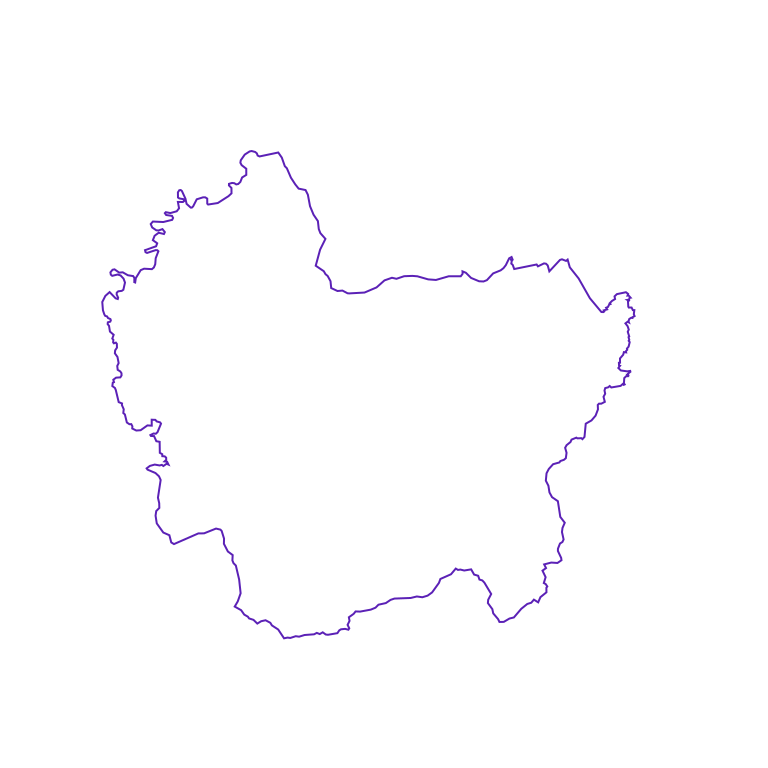 Ban Na San, Surat Thani, Thailand (Albers equal-area conic projection), rotated 70°
{"feature_id": "78962969B68387758575746", "entity_name": "Ban Na San", "entity_type": "district", "adm_level": 2, "iso_a3": "THA", "parent_name": "Thailand", "parent_adm1": "Surat Thani", "projection": "albers", "projection_center": [99.379, 8.833], "detail": "fine", "context": "isolated", "style": "outline", "palette": "violet", "viewbox_px": 768, "rotation_deg": 70, "n_neighbors": 0, "source": "geoboundaries", "source_scale": "gbopen_adm2", "svg_char_len": 6165}
<svg xmlns="http://www.w3.org/2000/svg" viewBox="0 0 768 768"><g transform="rotate(70 384 384)"><path d="M130.3,404.2L127.6,423.1L126.1,424.6L123.8,424.6L121.9,425.7L119.8,428.7L119.5,430.8L120.8,436.4L124.8,442.1L127.0,443.3L129.7,442.9L134.6,439.8L140.4,441.9L141.4,446.7L145.0,449.9L146.2,452.6L145.9,454.6L144.1,456.0L143.1,458.0L142.9,461.2L144.4,461.8L147.6,460.3L152.7,462.1L154.3,465.9L157.1,478.3L155.2,487.9L154.1,488.4L149.3,486.7L147.5,488.1L146.7,490.2L146.4,496.8L151.8,502.6L152.5,504.2L152.1,505.3L147.2,507.9L142.0,507.2L133.5,507.9L132.2,508.7L131.9,510.1L133.4,512.1L138.3,513.8L139.6,512.9L141.7,509.3L143.7,509.1L144.2,510.7L142.4,515.4L148.8,516.5L150.8,519.7L150.3,526.3L147.9,530.3L148.5,531.5L150.7,530.9L153.5,525.7L155.8,525.4L157.3,526.9L156.3,536.0L152.3,545.6L153.9,548.5L157.6,548.3L161.7,545.4L162.6,543.4L162.7,539.2L166.3,538.0L167.8,539.5L164.8,544.0L166.2,548.8L169.8,552.0L174.2,549.0L176.6,551.0L176.5,562.8L178.6,563.0L179.8,561.8L180.1,552.8L180.8,551.2L182.1,550.6L187.7,555.5L193.2,558.0L195.8,560.4L196.7,562.8L193.6,570.0L193.8,573.7L199.6,581.0L203.5,583.1L202.9,583.8L198.9,582.3L196.8,582.8L194.2,587.5L189.7,591.3L188.8,594.7L184.1,598.0L183.8,600.0L185.5,602.9L187.8,603.3L189.4,602.4L190.0,596.9L191.9,594.4L195.9,592.7L200.1,592.7L206.3,596.7L206.8,598.6L206.0,602.0L206.8,603.9L208.4,604.6L212.0,604.3L213.1,605.1L211.7,606.9L203.8,610.4L205.9,615.7L210.6,620.7L218.6,622.9L222.9,623.0L224.6,622.7L225.8,621.1L227.6,620.8L229.4,618.9L230.7,618.9L231.8,619.9L231.6,622.4L233.2,623.2L235.3,622.5L241.0,623.6L245.3,621.2L248.4,623.8L249.9,623.2L252.3,624.3L253.4,623.9L253.4,621.8L254.9,621.3L258.5,622.5L260.4,625.1L263.1,626.4L267.4,625.2L273.6,626.2L275.8,628.5L279.6,629.4L282.0,627.5L284.1,627.0L286.2,627.7L287.6,629.5L286.4,633.6L287.4,636.9L289.9,637.1L290.0,638.4L293.0,640.0L295.7,638.2L298.0,638.1L310.3,639.5L312.7,636.8L314.1,637.5L318.7,637.2L322.1,638.9L324.0,637.9L332.2,638.8L334.7,637.0L335.3,635.2L337.7,634.9L339.7,635.8L343.0,632.7L344.2,628.5L342.0,620.5L343.7,616.5L338.1,614.5L339.5,611.1L341.4,610.4L343.5,607.5L345.0,607.1L351.8,613.3L352.7,615.4L351.7,617.5L352.1,621.0L353.1,620.8L354.3,617.9L359.9,617.5L361.6,614.6L372.0,618.2L374.1,616.4L376.0,617.0L377.0,614.8L378.7,613.9L380.8,614.6L381.7,616.7L382.9,614.4L386.0,614.1L384.6,615.6L385.6,619.4L384.0,620.4L383.8,622.7L381.3,627.0L380.9,632.0L382.1,635.9L383.6,635.5L389.5,629.2L393.8,627.0L397.8,626.7L413.5,635.3L419.1,636.0L423.6,637.5L425.5,641.5L429.6,643.7L437.3,645.2L448.1,642.2L452.7,637.4L460.1,638.1L462.6,636.1L460.9,609.5L462.8,604.2L462.4,591.3L464.9,587.5L466.6,586.8L474.6,587.2L479.4,589.1L488.0,588.0L493.0,584.7L497.9,586.8L500.9,586.7L503.9,585.3L518.2,587.0L531.6,590.3L538.3,595.8L542.1,600.4L547.7,595.6L552.9,594.2L556.1,591.5L558.1,591.0L561.0,587.3L565.8,585.0L564.9,580.5L565.5,576.1L569.5,572.5L572.5,571.9L578.5,567.4L588.8,564.9L589.3,561.4L590.6,558.9L590.8,553.2L592.4,550.2L592.7,544.5L595.3,535.3L594.9,532.3L597.0,529.9L596.4,526.5L599.5,524.4L600.5,522.4L602.2,513.0L600.2,510.3L599.8,508.3L600.8,504.3L602.7,501.5L601.7,500.2L597.9,500.6L594.8,497.4L591.2,496.8L589.6,491.1L588.0,488.5L589.7,484.3L591.5,473.6L591.3,468.5L589.5,464.7L590.5,457.2L589.1,451.7L589.2,447.6L594.2,432.1L594.9,425.8L597.5,420.9L597.8,415.4L596.3,410.1L589.7,400.4L586.5,397.7L585.7,386.1L582.0,379.7L584.0,378.1L584.5,375.7L586.7,372.4L588.0,365.5L593.9,364.5L596.4,361.1L600.4,361.2L602.2,358.8L605.0,357.6L618.0,355.1L622.4,359.9L625.4,361.3L632.6,359.2L636.9,359.8L644.0,357.2L647.1,356.9L648.5,352.8L647.3,346.3L647.8,341.8L642.2,331.9L639.7,324.6L639.9,320.4L637.9,316.9L641.9,313.8L637.8,309.9L635.3,302.6L631.0,301.1L630.1,299.8L627.3,300.5L625.7,301.9L620.8,298.2L613.6,298.9L612.4,294.7L608.3,295.2L609.0,287.9L611.5,282.2L610.3,277.5L608.0,277.0L600.4,277.7L598.3,276.9L594.1,273.2L593.5,270.4L591.5,268.4L584.0,267.4L580.3,265.5L576.2,261.6L569.2,263.8L553.6,260.7L547.8,264.8L542.5,265.6L535.8,264.3L530.2,265.0L523.5,261.8L520.2,258.2L517.2,252.5L517.7,246.0L516.7,244.6L516.8,240.9L515.9,238.5L511.1,236.0L505.9,235.6L503.9,233.3L502.3,228.6L500.4,226.8L500.2,221.6L501.2,220.9L502.4,217.1L503.7,216.4L502.3,213.7L490.3,208.0L489.2,201.5L486.1,196.0L481.0,191.6L476.8,190.3L476.0,188.7L476.8,186.5L476.3,182.6L471.1,182.1L468.8,179.5L465.5,179.0L463.5,177.5L463.8,174.5L463.1,172.6L465.0,171.6L466.7,162.3L465.6,159.5L466.8,159.0L466.7,158.0L465.4,158.3L460.6,156.2L459.5,153.8L460.0,152.3L458.7,152.4L459.2,151.4L457.8,151.3L456.8,148.3L455.9,148.2L455.3,151.1L452.3,156.8L449.1,158.3L447.6,156.0L447.0,156.8L444.4,156.0L444.7,154.9L440.7,153.5L438.3,149.2L436.1,147.7L437.1,145.7L436.0,145.6L435.0,143.7L433.8,143.6L432.6,141.4L428.7,138.8L427.1,139.3L426.4,138.4L423.6,138.2L423.2,137.3L418.3,137.1L416.6,135.4L413.0,135.3L409.6,136.4L408.8,133.8L409.9,132.8L408.7,132.8L406.8,131.3L406.3,129.0L406.9,127.9L406.2,127.5L405.9,125.3L403.9,125.4L400.2,123.5L399.7,124.9L396.8,125.2L395.9,127.8L394.9,128.0L389.9,126.5L389.5,125.5L388.2,126.6L388.5,124.8L387.0,123.8L387.2,122.8L384.4,123.9L384.2,124.9L382.8,123.8L380.5,125.3L379.2,134.4L380.5,137.4L383.2,137.8L383.9,141.3L385.3,144.3L386.3,143.9L386.4,145.3L388.2,147.2L388.3,149.2L390.2,148.8L390.0,152.3L391.0,152.1L391.5,153.1L390.7,155.1L373.8,161.2L351.4,165.0L337.9,169.5L329.9,168.9L330.6,170.8L327.7,174.1L327.6,176.2L334.7,190.1L328.6,189.6L326.4,190.6L325.4,192.4L326.1,199.1L323.9,199.7L320.5,222.3L316.1,222.3L314.4,223.2L312.3,222.0L310.9,222.1L311.6,221.2L311.2,220.6L308.3,220.7L308.7,223.4L314.0,228.9L316.0,232.1L317.1,235.5L317.4,243.6L321.6,251.8L321.7,255.4L320.0,259.5L314.1,265.9L307.5,269.0L305.0,271.7L307.3,272.4L309.0,275.0L304.9,286.4L304.0,299.6L300.8,306.7L294.2,315.8L292.1,320.4L289.6,328.2L289.4,336.3L286.9,340.2L286.8,348.1L290.7,358.0L291.4,371.0L287.0,385.6L286.3,387.2L282.0,391.1L280.7,395.9L275.8,400.8L269.1,399.1L263.2,400.0L260.8,401.4L257.4,402.0L249.5,407.7L235.9,398.1L227.6,389.4L220.5,392.2L216.1,392.3L208.3,390.4L200.8,392.3L191.6,392.7L180.1,390.8L174.9,391.4L171.2,397.4L166.1,399.1L158.3,400.9L148.0,401.5L145.4,402.7L136.3,402.6L130.3,404.2Z" fill="none" stroke="#5b21b6" stroke-width="2"/></g></svg>